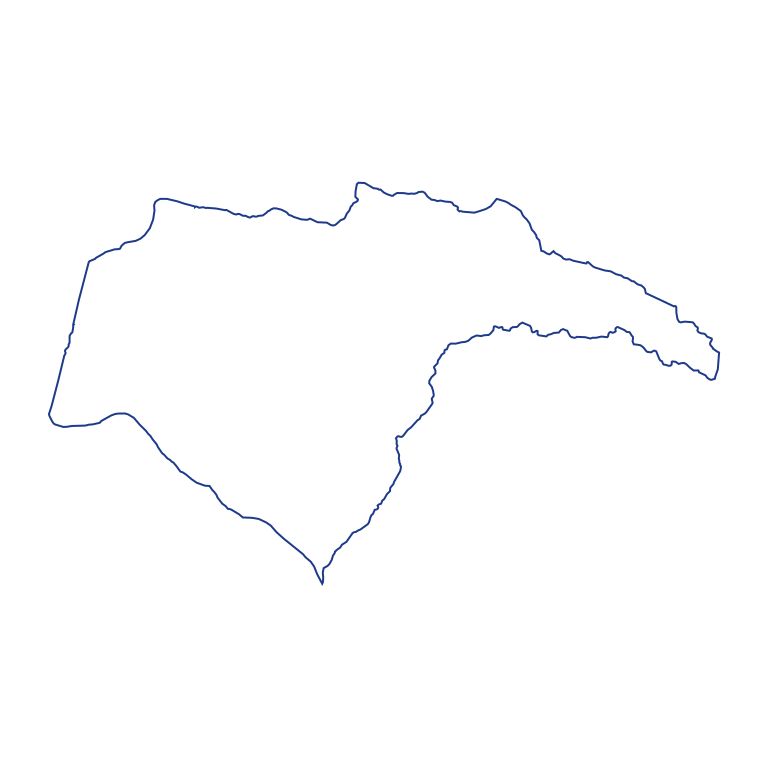 the district of El Pan, Azuay, Ecuador, rotated 91°
{"feature_id": "8360857B8773690858711", "entity_name": "El Pan", "entity_type": "district", "adm_level": 2, "iso_a3": "ECU", "parent_name": "Ecuador", "parent_adm1": "Azuay", "projection": "mercator", "projection_center": [-78.655, -2.839], "detail": "fine", "context": "isolated", "style": "outline", "palette": "blue", "viewbox_px": 768, "rotation_deg": 91, "n_neighbors": 0, "source": "geoboundaries", "source_scale": "gbopen_adm2", "svg_char_len": 6113}
<svg xmlns="http://www.w3.org/2000/svg" viewBox="0 0 768 768"><g transform="rotate(91 384 384)"><path d="M584.8,442.3L583.2,441.6L578.6,441.4L573.5,441.9L569.1,441.1L567.0,437.4L564.9,435.4L560.8,433.2L556.4,432.0L554.0,430.4L552.4,430.0L550.4,427.9L548.4,425.1L545.4,423.2L542.5,418.8L533.6,412.8L532.8,411.6L532.3,409.4L531.0,407.5L530.0,405.2L524.4,397.7L522.3,396.5L517.2,395.1L515.1,394.1L514.7,393.3L513.3,392.4L510.0,391.1L509.5,389.0L508.6,387.9L507.5,387.6L505.6,388.3L504.5,387.0L503.7,384.8L500.7,383.7L499.0,381.8L494.0,379.1L491.0,376.1L488.2,376.0L487.3,375.6L483.8,372.8L481.9,372.3L471.4,366.6L469.7,366.0L467.4,365.7L466.1,365.6L464.9,366.5L463.8,366.4L462.3,367.3L460.5,367.3L458.6,367.9L455.1,367.6L454.2,367.8L448.6,370.3L447.6,370.3L445.5,369.4L444.1,370.3L440.2,370.3L438.0,371.1L436.2,369.6L436.0,368.3L436.5,366.8L436.5,365.3L435.6,364.0L429.6,359.6L426.7,356.0L419.8,350.0L418.2,347.7L415.0,346.4L412.9,342.7L411.4,341.2L402.8,335.3L401.6,335.1L398.1,336.0L397.1,335.6L395.3,334.2L393.8,334.1L390.1,334.8L385.9,336.2L382.6,338.8L380.0,338.7L376.2,336.5L372.6,332.8L369.7,332.8L366.8,334.2L365.9,334.2L362.5,330.9L359.4,330.4L357.4,328.9L353.7,326.9L351.8,324.2L349.2,324.0L348.7,323.5L348.2,321.7L344.1,320.2L342.4,317.8L342.4,313.0L340.9,307.1L340.4,303.2L339.3,300.5L336.0,296.9L333.9,292.3L334.4,287.5L333.6,285.2L333.1,280.1L331.7,278.4L328.3,275.6L325.2,275.2L324.4,274.7L324.5,273.3L325.9,270.0L325.1,268.2L325.0,267.0L325.5,266.5L327.0,266.3L327.6,265.9L328.6,259.6L328.0,258.9L326.4,258.4L324.9,256.3L324.7,252.3L323.7,250.9L321.9,249.6L320.2,246.7L323.3,239.1L325.0,238.0L328.8,237.1L329.7,236.3L329.5,234.6L328.2,232.6L328.2,231.6L328.5,231.3L331.6,231.3L332.6,230.1L333.6,222.5L331.9,220.7L331.4,218.3L330.0,215.1L329.5,210.1L326.9,208.0L326.0,205.9L327.6,201.7L332.9,198.7L333.8,197.4L334.5,194.8L334.3,193.3L333.5,192.0L333.7,183.7L334.9,178.4L334.1,176.1L334.1,173.0L332.8,167.4L333.3,161.7L332.5,160.9L329.8,160.3L328.6,159.5L328.0,158.5L328.8,156.1L328.1,154.4L327.3,153.3L325.1,153.6L324.3,153.4L323.1,152.1L323.0,151.2L325.9,144.5L327.6,142.4L327.9,139.5L328.2,139.1L331.3,137.2L332.3,136.1L333.6,135.8L337.1,136.2L339.9,135.0L340.6,129.0L341.2,127.5L343.2,125.0L346.6,122.3L347.3,121.2L347.7,117.5L346.2,115.2L345.9,114.3L346.6,112.4L354.1,109.2L355.6,108.2L356.4,106.4L358.5,105.6L359.6,104.9L360.1,102.0L360.8,99.9L360.7,97.9L359.7,96.8L356.7,96.6L356.4,95.9L356.7,92.9L358.8,89.6L358.0,87.2L357.7,84.4L358.9,82.1L362.6,78.1L365.1,74.6L365.0,69.9L366.8,69.2L369.8,62.6L372.1,60.9L372.9,59.8L374.0,57.8L374.1,56.5L372.9,53.2L371.2,53.0L363.5,50.5L346.7,49.5L345.6,51.8L342.9,55.7L342.1,55.9L339.4,58.3L338.3,58.7L337.1,58.6L334.4,57.1L333.1,57.0L332.5,57.8L331.1,61.7L328.9,63.5L328.2,64.6L327.7,68.2L326.6,70.6L324.9,71.6L322.9,71.1L322.0,71.4L320.6,73.5L317.5,75.6L316.9,76.6L316.4,84.3L317.2,88.4L316.7,90.0L314.0,91.7L307.7,92.9L302.2,93.1L301.1,93.8L300.9,94.6L301.3,95.5L288.6,123.8L284.5,124.8L282.8,126.2L281.0,128.4L280.0,131.9L279.1,133.4L277.1,135.8L276.8,138.0L274.0,142.4L273.4,146.0L271.5,148.4L270.1,154.0L267.4,159.3L266.6,165.4L263.9,174.9L262.8,177.2L258.5,182.1L258.8,183.2L259.9,183.6L259.8,185.2L257.4,197.1L256.0,200.6L256.4,204.1L255.7,206.3L254.9,207.5L253.6,208.5L252.4,210.4L250.2,215.0L248.2,216.8L251.2,220.2L251.5,221.0L250.6,223.6L248.6,226.8L248.1,229.0L237.5,231.3L235.2,233.8L232.5,234.5L229.6,236.5L227.1,238.9L220.8,241.3L216.6,244.5L215.6,245.8L213.0,248.1L208.7,250.2L204.9,255.7L202.4,260.6L201.0,262.4L199.4,265.8L197.3,273.1L197.0,274.6L204.5,280.5L207.3,285.3L209.3,291.0L211.1,296.5L210.4,307.5L209.8,310.5L210.1,311.7L208.3,313.5L206.4,313.1L205.4,313.8L203.9,317.4L201.5,319.1L200.8,321.1L200.6,325.6L199.6,330.7L200.2,333.7L199.1,336.9L198.9,339.7L195.9,343.7L192.1,346.6L191.0,348.8L191.5,352.9L192.5,354.3L193.3,357.1L193.1,360.1L193.5,362.9L192.8,367.3L192.8,374.2L194.6,377.3L195.6,378.2L195.7,379.6L194.0,384.6L192.5,387.6L189.7,390.8L189.7,392.6L188.9,393.6L188.4,398.0L183.4,406.8L183.2,413.1L184.7,414.6L191.9,415.8L197.4,415.9L199.8,413.3L201.4,413.6L202.7,415.5L203.7,417.7L206.0,419.0L207.2,420.3L211.2,421.7L214.2,424.1L218.8,426.1L219.8,427.2L220.8,430.0L225.2,434.7L226.1,436.2L226.4,437.9L225.8,440.3L223.7,443.8L223.4,453.3L220.0,460.7L221.2,463.8L220.8,469.7L218.6,477.0L217.2,479.8L216.8,481.5L216.1,482.6L214.7,483.6L213.5,485.4L211.5,489.6L210.3,494.7L210.3,497.6L211.7,500.5L212.8,501.6L213.2,503.0L214.9,504.6L217.6,508.1L218.1,512.6L218.8,514.0L218.9,515.6L218.4,518.0L219.9,520.8L219.5,522.7L218.2,525.4L218.3,527.9L216.6,531.4L216.5,533.3L217.1,534.6L216.6,537.2L212.7,544.6L213.0,545.9L211.5,554.8L210.9,563.9L211.2,564.6L210.4,568.0L211.0,571.9L210.0,573.9L209.9,575.5L210.4,576.1L209.8,576.1L207.1,587.0L205.0,593.7L202.7,604.2L202.8,610.9L204.0,613.3L205.9,615.8L209.2,617.0L214.6,616.5L223.6,617.7L232.4,620.9L239.2,625.8L242.9,630.0L245.2,634.7L246.7,642.6L247.5,645.7L250.3,648.8L253.2,650.2L253.7,651.4L254.1,655.8L257.0,664.8L258.6,666.9L262.9,674.2L263.9,675.0L266.4,680.6L267.2,681.3L304.6,690.4L329.6,695.7L329.9,695.2L330.5,695.8L332.3,695.7L337.2,696.4L338.0,696.7L338.6,697.5L340.5,698.8L341.5,699.2L348.2,699.1L350.0,700.0L351.8,700.0L353.0,700.8L355.0,702.9L355.9,703.4L356.9,703.5L358.5,702.9L359.9,703.3L360.9,704.1L385.5,709.6L411.5,715.9L420.1,718.5L422.1,717.8L426.5,715.5L429.2,713.7L430.2,712.1L432.5,704.0L432.4,700.8L431.4,695.2L430.8,682.0L429.8,678.2L429.5,674.8L427.9,668.1L427.4,667.1L426.4,666.6L425.2,664.8L420.1,656.0L418.7,652.3L418.2,649.1L418.0,642.5L418.8,639.4L422.2,633.5L428.8,627.7L435.1,621.1L438.2,618.7L439.8,616.8L443.5,614.3L448.3,610.2L451.1,608.9L457.1,604.6L458.4,602.8L462.3,599.1L463.6,596.7L465.5,594.7L466.2,593.2L470.1,589.8L475.1,586.1L475.8,583.8L477.8,580.6L482.8,574.4L486.0,569.5L488.8,561.3L489.0,556.7L493.4,553.5L494.6,552.1L497.8,549.6L500.4,548.5L506.5,543.6L509.0,540.0L511.6,537.9L511.6,536.5L512.3,534.4L516.9,526.5L519.9,522.8L520.1,513.6L521.1,506.9L524.4,499.5L527.6,494.7L534.0,488.9L540.1,481.9L555.5,462.1L558.6,459.4L563.0,454.1L567.7,450.7L575.3,447.5L584.8,442.3Z" fill="none" stroke="#1e3a8a" stroke-width="2"/></g></svg>